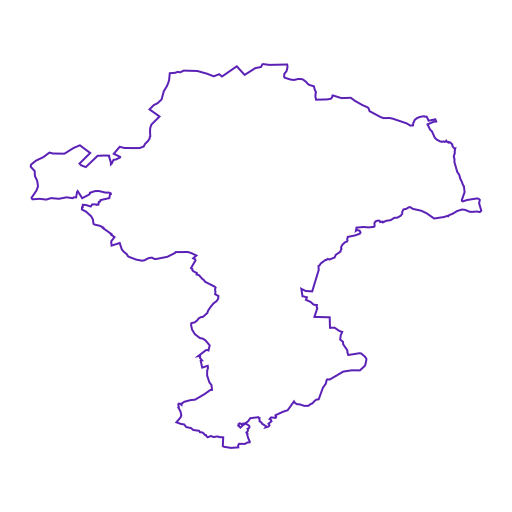 Mirsid, Salaj, Romania
{"feature_id": "2599482B66658090524477", "entity_name": "Mirsid", "entity_type": "district", "adm_level": 2, "iso_a3": "ROU", "parent_name": "Romania", "parent_adm1": "Salaj", "projection": "robinson", "projection_center": [23.142, 47.219], "detail": "fine", "context": "isolated", "style": "outline", "palette": "violet", "viewbox_px": 512, "rotation_deg": 0, "n_neighbors": 0, "source": "geoboundaries", "source_scale": "gbopen_adm2", "svg_char_len": 6021}
<svg xmlns="http://www.w3.org/2000/svg" viewBox="0 0 512 512"><path d="M238.3,447.4L238.1,445.6L239.0,443.9L245.1,443.9L247.4,442.5L249.7,442.3L249.8,441.8L248.0,437.5L247.1,434.2L247.5,433.8L246.4,432.5L247.6,431.4L248.0,429.8L247.6,428.8L249.1,428.0L249.5,427.2L249.2,425.8L245.8,423.6L243.3,424.9L240.4,427.6L238.3,425.6L238.8,425.1L238.5,424.2L239.2,423.6L239.8,423.3L241.8,424.4L243.1,423.5L244.4,423.7L247.9,421.5L250.3,418.2L258.4,417.2L258.9,418.1L259.5,418.2L259.3,418.7L259.7,421.4L261.5,422.5L261.9,423.6L266.3,426.4L265.6,427.4L268.6,426.5L269.5,425.3L268.5,423.7L271.5,421.3L270.8,419.7L269.6,419.1L270.6,417.9L271.2,417.4L275.6,417.9L276.2,416.6L275.4,415.6L275.5,415.2L282.9,411.8L287.7,410.2L294.0,401.4L295.0,403.0L297.1,404.2L299.8,404.4L304.4,405.9L306.5,405.9L308.7,405.7L310.2,404.3L312.5,403.3L314.5,401.0L316.4,399.6L318.7,399.3L322.9,387.7L325.8,383.7L326.6,380.2L327.2,379.4L329.8,379.5L343.2,371.6L351.8,370.3L359.9,370.4L364.6,366.1L365.3,364.9L366.4,359.7L366.3,358.7L365.0,356.7L361.2,353.5L359.6,353.2L348.3,355.0L347.4,352.4L347.3,350.3L343.2,344.3L343.0,341.9L340.2,339.5L340.7,335.3L342.2,331.9L339.4,331.0L334.6,327.7L330.0,327.8L329.7,317.3L314.4,316.9L317.3,308.2L316.6,306.7L316.9,305.0L313.7,304.7L310.7,302.0L305.9,299.8L306.9,297.3L302.5,296.2L301.3,288.8L305.7,291.0L312.2,291.4L318.7,270.0L318.5,266.0L319.6,265.3L320.7,263.5L325.4,260.0L326.3,260.0L327.8,258.9L329.5,259.5L334.6,257.5L335.8,254.8L340.5,251.6L340.6,250.5L341.5,248.9L341.1,248.0L341.3,246.7L342.4,244.7L344.8,242.4L347.1,241.4L347.5,240.5L347.2,239.2L347.8,236.9L355.1,235.4L359.8,233.7L360.5,232.5L359.6,230.7L357.1,230.0L355.9,230.8L356.5,227.6L363.5,227.0L368.6,227.4L373.8,226.9L374.6,226.1L374.4,223.3L375.0,222.1L376.2,221.0L378.9,220.5L379.8,221.1L380.2,222.1L382.5,221.6L382.9,222.4L386.1,220.8L390.6,220.2L394.3,217.8L397.0,217.7L398.5,217.1L400.7,215.7L402.2,213.9L402.3,211.6L403.5,209.4L406.2,208.9L408.8,207.3L410.5,207.2L412.6,208.8L421.2,210.7L426.7,213.3L434.1,218.5L444.1,217.0L447.3,215.9L448.1,216.3L449.3,215.0L452.4,213.9L457.0,211.1L462.0,209.5L465.2,209.9L469.4,211.7L472.0,211.9L477.0,211.5L479.8,212.1L481.3,210.7L479.1,203.3L479.8,199.9L478.9,199.0L477.2,198.4L467.1,200.0L462.7,201.4L462.0,201.0L461.8,200.1L464.6,192.1L463.9,186.2L463.3,185.7L461.2,180.4L460.3,178.9L459.2,174.7L457.3,172.1L454.4,162.0L454.5,159.2L453.8,156.8L454.3,154.3L454.8,153.5L454.7,151.3L455.2,148.6L454.7,148.9L453.0,146.9L452.3,145.7L452.3,144.4L450.1,142.4L448.7,142.7L448.3,142.5L448.5,142.0L446.2,141.5L446.1,140.9L444.9,141.9L443.4,141.4L442.0,141.9L439.9,141.3L436.8,139.6L434.9,137.9L431.9,131.3L430.2,129.8L427.5,124.4L433.6,121.8L436.2,121.5L435.3,119.3L428.6,120.7L426.7,116.7L424.8,116.7L424.1,116.2L420.0,116.9L417.2,118.0L414.9,119.7L413.3,122.9L413.0,125.4L410.4,125.6L406.5,123.3L392.5,118.6L389.5,118.0L383.3,118.1L380.3,116.9L369.6,111.2L368.5,108.1L367.1,107.1L362.4,105.1L354.9,100.8L350.8,97.8L341.4,98.1L332.8,95.4L332.4,95.6L332.3,97.0L331.0,98.7L327.4,99.4L316.1,99.7L315.4,96.6L315.6,93.3L316.0,92.3L314.7,89.6L313.9,86.3L309.5,85.0L307.9,84.0L306.0,81.8L303.1,79.6L301.7,79.1L298.1,79.0L293.9,80.0L290.3,79.5L284.5,77.6L284.1,75.9L284.4,73.7L286.3,71.5L286.8,70.2L287.5,67.2L287.2,64.5L269.3,64.9L263.2,64.1L262.4,64.3L261.0,67.0L255.4,68.1L244.6,74.9L236.8,66.3L222.0,76.5L219.2,74.2L213.7,76.3L207.0,73.7L197.4,71.0L183.7,70.6L180.3,72.3L177.4,71.9L175.3,72.8L169.8,73.2L169.1,80.0L168.2,83.0L166.8,86.3L163.8,91.2L161.6,99.4L157.5,103.3L154.0,104.9L149.5,109.4L159.5,116.5L151.4,124.6L150.2,128.1L150.0,131.7L150.3,136.3L149.7,137.1L149.6,138.6L147.9,141.1L145.0,144.0L143.7,146.5L139.5,148.1L124.4,148.0L119.7,146.8L113.8,153.8L119.3,156.5L120.2,157.0L120.1,157.4L116.2,159.4L113.5,159.9L111.8,163.4L110.9,164.3L110.8,162.1L109.2,157.1L109.2,155.7L104.9,155.5L97.6,155.8L85.8,167.1L81.1,165.3L79.5,163.6L90.2,153.0L79.9,145.3L73.7,147.9L64.4,153.7L53.0,153.5L49.4,152.6L43.4,157.1L35.9,160.7L31.0,164.7L30.7,166.7L34.7,171.1L34.9,176.0L37.1,180.6L37.9,185.1L37.9,186.6L36.5,190.5L31.5,197.8L32.4,199.3L39.8,198.8L46.2,199.6L51.1,198.1L59.0,198.8L66.5,197.3L72.7,198.2L73.8,197.3L76.1,197.4L77.0,192.2L77.7,191.1L82.2,198.2L88.7,194.8L90.1,193.5L90.0,192.7L95.0,191.1L98.7,191.0L105.5,192.6L109.1,192.6L110.8,193.4L110.9,194.1L110.0,194.6L109.3,198.1L100.5,200.1L100.2,201.5L98.9,201.8L98.4,204.6L97.5,204.4L96.8,204.9L95.8,204.4L92.2,204.4L90.7,206.5L85.9,205.0L82.8,204.8L82.7,207.2L82.0,207.3L81.9,209.5L86.0,211.6L91.2,216.3L92.9,219.5L93.5,223.8L94.3,224.5L99.8,225.8L102.6,227.1L103.4,227.8L103.0,228.1L111.5,234.1L111.1,234.6L114.5,237.1L111.5,240.9L111.2,241.9L111.6,245.6L119.7,243.0L121.8,249.4L123.6,251.6L126.8,254.2L127.7,255.9L128.6,256.7L136.2,259.6L142.0,260.7L144.2,260.4L148.6,258.1L151.8,257.6L154.5,259.0L156.7,258.9L167.4,256.8L174.9,253.0L175.6,252.1L187.9,252.0L191.3,253.1L196.4,255.5L193.2,258.3L195.2,259.4L195.5,260.4L191.0,268.1L192.4,269.1L192.4,270.2L193.3,271.2L196.9,273.1L196.6,274.5L199.0,275.2L202.1,278.7L203.9,280.1L205.1,281.8L214.9,286.8L215.6,287.6L215.1,288.9L215.4,292.5L215.1,294.2L218.4,296.0L218.2,298.7L216.7,301.0L213.4,303.5L210.7,306.8L208.0,310.8L207.3,313.0L202.8,317.0L200.9,317.1L198.7,318.4L197.2,320.4L194.8,322.3L191.3,323.2L191.1,325.2L192.1,329.7L194.9,334.2L199.8,338.0L202.9,338.7L205.6,340.5L209.7,345.4L208.5,350.4L207.8,350.0L205.9,350.2L198.1,356.2L200.1,355.9L200.0,357.9L202.1,360.5L200.7,360.9L202.2,367.6L207.7,365.8L208.0,367.9L207.2,370.6L207.1,375.4L209.4,382.4L211.5,385.1L212.0,389.9L210.3,390.0L204.4,394.2L195.0,399.7L190.7,400.1L184.5,401.7L181.8,403.4L181.6,404.9L179.8,403.6L178.6,403.7L178.3,404.6L178.8,407.0L178.3,407.4L180.5,411.5L181.3,415.4L180.5,417.5L176.4,422.3L181.1,424.0L184.1,424.4L186.3,427.1L191.1,428.1L193.2,430.0L199.1,430.8L199.9,432.2L202.2,432.4L204.1,433.8L204.6,434.8L206.0,435.1L206.3,436.0L207.7,437.3L210.9,436.0L213.8,437.1L216.5,436.5L218.8,436.7L219.2,437.1L223.2,437.3L222.8,446.1L224.1,446.8L230.8,447.9L238.3,447.4Z" fill="none" stroke="#5b21b6" stroke-width="2"/></svg>